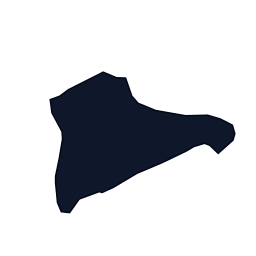 the district of Santa Lucía Milpas Altas, Sacatepéquez, Guatemala, rotated 335°
{"feature_id": "79465075B78305211974628", "entity_name": "Santa Lucía Milpas Altas", "entity_type": "district", "adm_level": 2, "iso_a3": "GTM", "parent_name": "Guatemala", "parent_adm1": "Sacatepéquez", "projection": "albers", "projection_center": [-90.675, 14.57], "detail": "fine", "context": "isolated", "style": "filled", "palette": "ink", "viewbox_px": 256, "rotation_deg": 335, "n_neighbors": 0, "source": "geoboundaries", "source_scale": "gbopen_adm2", "svg_char_len": 590}
<svg xmlns="http://www.w3.org/2000/svg" viewBox="0 0 256 256"><g transform="rotate(335 128 128)"><path d="M32.2,175.7L39.3,180.0L53.8,171.7L75.0,173.5L77.3,175.5L89.4,175.6L117.0,172.8L144.5,173.8L171.0,173.5L179.8,172.6L190.9,174.2L194.8,178.2L199.0,189.1L218.0,183.4L222.4,178.3L223.8,169.6L215.6,159.0L205.6,150.1L185.3,141.2L160.4,123.8L147.6,109.9L144.9,100.7L146.9,81.7L138.8,77.6L129.1,66.9L90.2,68.1L79.4,70.3L69.5,69.4L65.5,82.1L66.7,103.3L64.1,110.2L53.1,126.2L42.0,141.1L39.2,147.0L35.9,156.5L32.6,165.7L32.2,175.7Z" fill="#0f172a" stroke="#020617" stroke-width="1.5"/></g></svg>